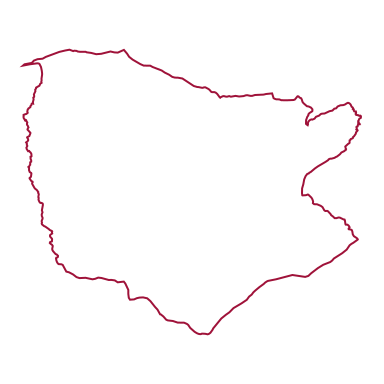 outline of Nanyumbu, Mtwara, United Republic of Tanzania
{"feature_id": "72390352B85678020314776", "entity_name": "Nanyumbu", "entity_type": "district", "adm_level": 2, "iso_a3": "TZA", "parent_name": "United Republic of Tanzania", "parent_adm1": "Mtwara", "projection": "mercator", "projection_center": [38.515, -11.051], "detail": "fine", "context": "isolated", "style": "outline", "palette": "rose", "viewbox_px": 384, "rotation_deg": 0, "n_neighbors": 0, "source": "geoboundaries", "source_scale": "gbopen_adm2", "svg_char_len": 5825}
<svg xmlns="http://www.w3.org/2000/svg" viewBox="0 0 384 384"><path d="M23.0,65.6L29.8,64.3L37.3,63.3L38.7,63.5L39.5,64.0L41.0,67.0L41.8,70.8L42.1,73.3L42.1,74.7L41.5,78.7L41.6,80.5L41.3,81.6L41.6,82.8L40.3,83.7L39.4,85.7L36.1,87.6L36.1,88.4L35.2,89.7L35.4,91.2L33.9,94.4L34.2,96.0L34.1,96.9L33.3,97.6L33.6,99.4L32.9,102.1L33.1,103.5L32.6,103.3L31.7,103.7L31.4,105.0L30.4,106.2L30.3,107.2L28.4,108.5L28.4,108.8L27.7,109.5L27.3,111.6L27.7,112.8L27.4,113.1L26.4,113.9L24.1,114.6L23.5,115.0L23.7,116.2L23.5,116.7L23.6,117.6L23.9,118.6L25.0,119.6L24.9,120.2L25.2,120.6L26.1,120.2L26.3,120.5L26.3,121.1L27.3,122.4L26.9,124.0L27.1,124.9L27.7,125.6L28.5,127.5L27.8,128.4L27.5,129.6L30.4,132.8L30.4,133.3L29.3,136.1L27.2,137.2L27.1,137.5L28.1,139.1L28.2,140.2L27.5,141.4L26.1,142.4L26.9,143.7L26.8,144.9L27.2,145.4L27.3,146.0L26.4,147.7L26.7,149.0L28.1,151.2L29.2,151.0L29.6,151.7L30.6,152.5L31.4,154.0L31.5,156.3L31.1,156.7L30.5,156.8L30.5,157.1L30.6,158.9L31.2,160.3L31.2,161.7L30.2,162.3L30.2,164.8L29.6,165.4L29.1,166.6L28.4,167.0L28.6,167.5L29.1,167.9L29.0,170.1L29.7,172.0L31.2,173.0L31.4,173.6L31.0,176.5L30.7,177.1L29.7,177.8L29.6,178.5L31.3,181.0L32.5,181.6L32.7,182.1L32.1,183.1L32.2,183.9L34.4,187.8L35.0,188.6L36.8,190.0L38.3,192.1L38.1,192.8L38.8,194.2L38.3,197.1L38.7,197.9L38.5,199.6L38.9,200.8L39.8,202.5L40.8,203.0L41.5,202.9L42.5,203.4L42.8,203.9L42.9,204.9L41.9,210.3L42.5,212.3L41.7,214.5L41.8,215.9L42.6,217.9L42.5,218.9L41.7,220.8L41.7,221.6L42.0,222.6L41.7,223.5L42.0,224.4L44.1,226.1L45.3,226.6L49.0,229.2L49.6,229.9L51.9,231.0L52.1,231.3L51.8,231.6L52.2,233.5L50.3,234.8L50.0,235.5L50.0,236.2L50.4,237.0L51.9,238.6L52.1,239.5L51.9,241.4L50.1,242.1L49.8,243.0L50.7,243.9L52.0,244.8L52.7,245.8L52.7,246.5L52.2,248.8L52.3,249.8L53.0,251.1L55.6,254.1L56.6,254.4L58.0,255.8L57.9,256.9L57.2,257.5L56.3,257.7L56.0,258.4L56.4,260.5L57.0,262.1L57.8,263.4L58.6,264.1L61.4,264.3L62.7,264.9L66.3,271.6L69.0,272.3L73.0,274.4L76.5,277.1L79.5,278.1L85.5,277.8L92.5,279.3L95.2,278.8L98.2,277.6L101.5,278.0L108.8,280.0L111.3,279.9L114.8,280.4L117.7,282.3L123.8,281.6L125.3,283.5L128.3,289.9L128.3,293.9L128.8,297.8L130.0,299.7L134.1,299.4L136.8,298.2L139.4,297.6L143.1,297.4L147.2,298.3L150.4,301.1L155.0,306.9L157.5,309.6L160.1,314.3L160.8,314.4L163.4,316.5L166.2,319.7L167.8,320.4L172.9,321.0L177.7,322.6L184.1,322.7L186.9,323.9L188.2,324.9L190.2,327.9L194.6,331.8L196.9,333.2L198.6,333.9L199.8,334.1L200.9,334.1L201.8,333.7L203.4,333.7L205.2,333.8L207.7,334.3L208.9,333.9L210.4,332.8L212.6,329.7L213.2,328.4L221.3,318.5L226.0,314.7L229.4,312.3L233.5,308.1L241.6,303.3L246.8,299.8L249.1,296.6L251.7,294.6L253.3,292.4L255.1,290.7L259.4,287.1L263.8,283.9L265.1,282.6L266.9,281.4L268.0,280.9L276.0,279.3L292.4,275.0L305.2,276.9L308.4,275.9L311.1,273.3L317.9,268.1L323.2,264.8L330.3,262.0L332.2,260.5L333.9,258.5L342.2,253.2L346.7,249.6L349.6,245.3L351.4,243.9L353.3,242.8L357.6,239.7L357.8,239.3L356.8,238.1L353.9,236.2L352.8,234.4L352.3,231.4L351.8,230.1L350.7,229.5L348.9,229.3L348.6,229.0L348.6,228.6L349.6,227.2L348.7,225.7L347.5,224.7L345.7,224.6L345.4,224.0L344.9,220.3L344.5,219.5L343.7,219.5L339.8,217.6L338.4,217.5L336.6,218.1L334.6,218.1L333.1,216.6L331.1,215.1L330.6,214.1L327.9,211.2L327.2,210.9L325.3,211.0L324.3,210.3L322.5,207.1L320.7,205.8L317.1,204.3L314.2,204.2L312.9,203.2L313.1,201.4L312.4,199.3L311.4,197.6L308.7,195.0L307.9,194.5L305.9,195.2L302.5,195.4L302.3,195.3L302.0,193.3L302.1,188.4L303.3,184.3L304.2,179.4L305.6,176.1L307.3,173.9L308.7,173.5L309.3,172.7L310.6,172.1L315.0,168.4L318.0,166.3L325.5,161.9L328.2,160.1L328.7,159.3L330.1,158.7L331.4,158.7L334.7,157.8L335.4,157.2L336.9,156.6L339.9,154.3L341.4,152.5L344.3,151.1L344.7,150.5L345.6,150.2L346.1,149.1L345.6,148.1L345.3,146.5L348.1,143.9L349.4,143.1L349.6,142.5L349.6,140.4L350.4,139.9L350.7,139.1L352.6,138.3L353.0,137.8L353.1,137.0L354.0,136.3L355.8,133.7L356.0,132.4L357.6,130.5L357.4,129.9L356.4,129.5L356.8,128.7L356.4,127.1L357.6,126.4L357.6,125.5L358.1,124.9L358.1,124.5L359.4,124.3L359.0,123.8L359.3,123.5L358.3,122.8L358.6,122.3L358.2,121.8L358.5,121.3L358.3,120.8L358.7,120.3L359.0,119.3L359.5,118.6L360.7,118.0L361.0,116.9L360.8,116.0L360.4,115.7L359.9,116.0L358.6,115.3L358.3,115.5L357.7,115.1L356.2,114.9L356.1,114.3L355.6,113.9L356.1,112.8L356.0,112.2L355.7,112.0L355.8,111.5L354.2,111.3L353.7,110.3L353.8,109.4L352.8,109.0L353.0,108.2L352.8,107.6L351.6,106.7L350.6,104.5L349.4,103.3L348.0,102.8L346.8,103.3L344.8,104.6L343.2,105.1L340.4,105.3L337.6,106.5L336.2,108.3L334.3,108.7L332.4,110.6L329.5,111.2L324.6,113.5L321.8,113.7L320.7,114.1L319.1,115.6L316.0,116.8L314.5,118.7L312.4,119.6L311.6,119.4L310.3,119.8L309.3,120.6L308.4,121.6L307.9,123.2L308.0,124.3L307.7,125.2L306.3,124.2L306.0,123.8L306.1,120.1L307.3,116.8L308.3,115.4L308.4,114.3L309.4,113.1L312.2,111.3L312.4,110.9L312.4,109.3L311.0,107.6L308.7,106.5L306.9,106.2L303.5,103.2L302.5,101.9L301.9,99.8L301.2,98.3L299.6,97.6L298.5,96.4L297.5,96.3L294.9,99.5L293.6,100.0L286.6,100.3L281.3,100.2L279.3,99.4L276.2,99.3L274.7,98.8L273.6,98.2L272.1,93.4L266.1,94.0L263.6,94.6L255.0,95.0L252.0,95.9L250.6,95.9L247.3,95.2L245.9,95.3L243.5,96.1L239.1,96.5L235.5,95.9L230.9,96.7L229.2,96.1L227.0,96.7L226.2,96.7L223.9,96.1L222.9,96.2L220.7,97.2L220.2,97.7L219.7,97.3L217.2,93.9L215.7,92.6L214.3,92.1L212.0,92.1L211.3,91.9L209.5,89.8L208.5,89.0L205.3,87.3L204.2,87.3L202.8,87.8L202.0,87.8L198.6,87.1L197.2,87.0L193.8,86.0L182.4,78.5L178.0,77.7L174.9,77.6L172.3,76.9L169.1,74.7L164.8,72.6L161.7,70.5L152.6,67.0L150.3,65.7L143.7,65.6L140.3,64.1L132.6,59.6L129.1,56.8L127.1,53.7L123.9,49.9L117.8,52.6L114.4,52.4L110.5,51.5L101.2,53.8L96.2,54.2L91.1,52.9L86.6,52.3L85.7,51.8L80.0,51.8L77.7,51.5L76.6,50.9L74.2,50.7L73.2,51.1L69.5,49.7L65.2,50.5L59.3,51.9L45.8,56.9L42.6,58.7L37.5,59.2L33.9,60.6L31.8,62.9L24.5,64.3L23.0,65.6Z" fill="none" stroke="#9f1239" stroke-width="2"/></svg>